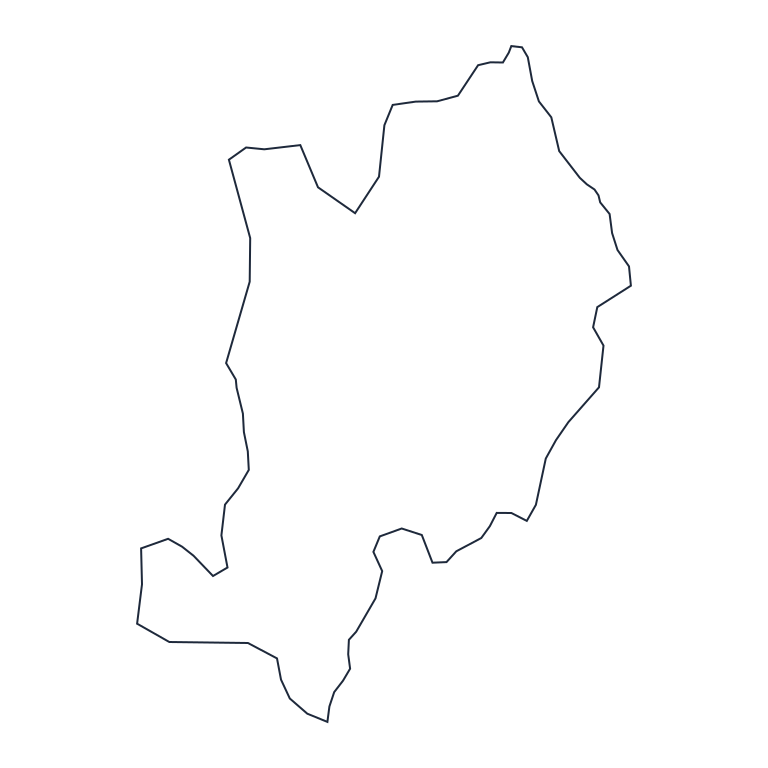 map outline of Ebonyi (Robinson projection)
{"feature_id": "NGA-2863", "entity_name": "Ebonyi", "entity_type": "State", "adm_level": 1, "iso_a3": "NGA", "parent_name": "Nigeria", "parent_adm1": "", "projection": "robinson", "projection_center": [8.009, 6.241], "detail": "fine", "context": "isolated", "style": "outline", "palette": "slate", "viewbox_px": 768, "rotation_deg": 0, "n_neighbors": 0, "source": "natural_earth", "source_scale": "10m", "svg_char_len": 1198}
<svg xmlns="http://www.w3.org/2000/svg" viewBox="0 0 768 768"><path d="M551.3,117.3L559.2,151.1L579.8,177.8L586.8,184.3L594.5,189.5L598.5,195.4L600.2,202.4L609.6,214.0L612.1,233.1L617.5,250.0L629.0,266.4L630.9,285.7L597.3,307.1L593.1,327.3L603.5,345.6L599.0,387.3L568.4,422.1L556.0,440.1L545.8,458.5L535.9,504.8L526.8,520.9L511.4,513.0L496.7,512.9L489.9,526.1L481.3,538.0L456.3,551.3L446.5,562.1L432.5,562.7L421.8,535.0L401.7,528.5L379.8,536.4L373.4,551.9L382.2,571.1L375.5,598.4L356.2,631.7L348.9,639.8L348.2,654.3L350.1,668.7L343.0,680.7L334.2,692.1L329.4,706.5L327.4,721.9L307.3,713.7L289.8,698.5L281.0,679.6L277.0,658.4L247.9,643.0L169.3,642.0L137.1,623.7L142.0,584.3L141.1,548.4L168.1,538.8L182.1,546.7L193.6,555.8L213.0,576.0L227.5,567.5L221.4,535.4L225.0,504.6L238.1,488.3L248.8,469.9L247.8,451.4L243.9,432.1L242.9,413.6L236.6,387.8L235.8,379.5L226.1,363.1L249.7,281.7L250.2,238.1L228.9,159.7L246.1,147.5L264.3,149.3L300.3,145.1L318.0,187.3L355.1,213.2L379.0,176.7L384.4,125.2L392.7,104.9L415.8,101.6L437.1,101.3L457.9,95.7L478.1,65.2L490.4,62.3L502.9,62.5L508.8,52.6L511.3,46.1L522.0,47.3L527.8,57.2L532.2,81.0L538.9,101.4L551.3,117.3Z" fill="none" stroke="#1e293b" stroke-width="2"/></svg>